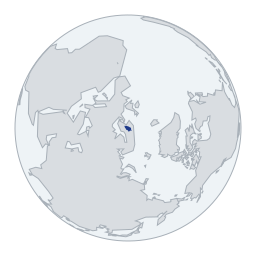 Hedmark on an orthographic globe, rotated 140°
{"feature_id": "NOR-919", "entity_name": "Hedmark", "entity_type": "County", "adm_level": 1, "iso_a3": "NOR", "parent_name": "Norway", "parent_adm1": "", "projection": "orthographic", "projection_center": [11.196, 61.296], "detail": "fine", "context": "on_globe", "style": "filled", "palette": "blue", "viewbox_px": 256, "rotation_deg": 140, "n_neighbors": 0, "source": "natural_earth", "source_scale": "10m", "svg_char_len": 10971}
<svg xmlns="http://www.w3.org/2000/svg" viewBox="0 0 256 256"><g transform="rotate(140 128 128)"><circle cx="128" cy="128" r="113" fill="#eef3f6" stroke="#a8b0b8"/><path d="M15.4,125.9L15.7,127.3L16.6,121.2L16.7,118.3L16.3,117.6L17.8,107.1L19.6,101.0L30.8,71.8L33.4,67.8L35.6,65.4L50.5,50.2L38.9,60.4L42.6,56.0L47.6,51.1L47.3,51.9L54.1,47.0L58.9,43.1L67.9,39.2L75.7,40.4L72.6,41.8L74.9,42.1L78.9,40.4L81.0,39.2L94.1,39.2L107.7,36.1L111.0,33.1L111.1,35.5L116.7,28.8L123.4,26.6L116.4,30.3L116.1,31.7L121.0,30.8L121.8,32.0L124.7,32.4L125.2,34.0L121.0,36.2L121.3,37.4L124.7,36.7L127.4,38.0L122.3,38.8L126.5,41.3L120.4,45.9L106.3,47.5L103.5,52.0L90.5,59.0L92.3,60.0L88.5,63.5L89.1,66.0L86.5,66.7L89.2,68.1L91.4,66.9L93.4,67.2L94.0,68.6L90.8,69.7L90.0,69.2L89.4,70.3L87.5,70.3L88.8,71.1L84.8,72.4L89.5,73.2L87.1,76.1L84.2,76.4L83.5,73.6L75.2,67.9L72.1,67.7L68.5,70.1L63.7,80.2L60.8,81.2L57.4,84.6L59.5,85.3L62.9,82.8L65.9,85.0L69.7,82.0L71.4,82.5L75.7,80.7L76.1,84.0L74.2,88.3L70.7,90.1L69.8,92.1L74.0,93.0L68.3,99.0L66.0,107.8L64.4,109.1L59.8,106.7L57.6,100.0L51.6,97.6L56.6,102.4L52.5,105.8L52.3,107.8L53.1,109.6L55.1,109.6L53.9,111.5L48.6,107.4L49.6,105.5L51.2,106.8L50.2,103.7L46.6,101.3L44.8,103.4L41.2,97.9L39.9,99.5L38.4,99.2L40.7,97.1L36.5,100.9L32.0,96.1L26.1,102.5L30.7,93.7L31.7,89.4L32.3,84.8L31.3,85.8L33.5,78.9L33.2,75.2L29.6,77.5L26.1,83.1L24.0,90.1L24.9,90.3L24.3,95.0L21.4,96.5L19.7,106.1L17.9,109.1L16.9,113.7L17.0,117.7L16.7,123.2L17.7,124.2L18.8,128.2L17.6,131.5L19.2,131.5L19.2,136.0L22.1,146.2L21.6,146.2L23.9,158.6L28.3,169.5L29.4,174.0L28.6,174.3L30.6,177.9L30.7,178.9L40.4,192.6L46.8,200.9L47.5,203.8L44.1,202.3L44.8,203.9L39.3,197.4L34.3,190.5L29.8,183.2L25.9,175.6L22.6,167.7L19.9,159.7L17.8,151.4L16.4,143.0L15.5,134.5L15.4,125.9ZM24.4,103.9L22.7,116.7L22.1,111.3L22.5,111.9L23.3,108.2L24.2,102.4L24.1,98.0L24.4,103.9ZM27.3,105.3L27.5,103.3L27.5,105.0L27.3,105.3ZM81.8,38.5L78.9,40.3L75.0,41.4L77.3,39.8L81.8,38.5ZM89.4,36.9L88.2,38.0L85.8,37.3L87.2,36.9L89.4,36.9ZM113.2,30.9L110.7,31.6L112.9,30.5L113.2,30.9ZM125.0,32.1L125.4,31.6L126.7,32.0L125.0,32.1ZM75.2,79.0L75.4,79.8L74.5,79.7L75.2,79.0ZM76.8,77.4L75.5,76.7L76.1,75.9L76.9,76.3L76.8,77.4ZM128.6,34.9L130.5,35.9L127.9,35.3L128.6,34.9ZM78.2,78.5L77.3,74.5L78.4,73.1L82.1,73.7L78.2,78.5ZM131.2,36.7L135.8,39.1L137.2,38.0L135.9,42.7L132.4,39.0L128.9,38.4L131.0,37.8L131.2,36.7ZM91.9,66.0L89.6,67.2L91.0,64.9L91.9,66.0ZM92.4,64.4L94.0,57.2L97.8,56.1L96.5,58.7L100.9,56.3L102.0,59.4L99.7,61.3L97.1,61.4L99.5,62.5L92.4,64.4ZM134.3,45.0L134.8,46.0L133.5,45.4L134.3,45.0ZM94.3,67.1L94.3,65.7L97.5,64.6L98.1,67.3L96.9,66.7L94.3,67.1ZM101.6,54.3L104.1,54.1L105.7,56.4L106.9,56.6L102.3,59.3L101.6,54.3ZM96.4,67.7L98.4,68.7L97.3,70.5L94.5,68.4L96.4,67.7ZM98.1,63.2L99.7,62.9L99.0,63.9L98.1,63.2ZM94.8,77.6L94.7,75.8L96.4,75.1L94.8,77.6ZM99.1,68.9L99.5,68.3L100.1,67.8L101.2,68.8L99.1,68.9ZM103.7,60.9L103.8,61.9L105.6,59.9L106.9,61.6L103.6,63.1L105.5,63.2L105.9,63.8L102.8,64.4L103.7,60.9ZM104.2,68.5L100.5,71.2L100.2,74.6L98.7,75.3L99.4,69.7L104.2,68.5ZM103.6,66.0L103.6,67.7L101.8,67.7L100.6,66.5L103.6,66.0ZM108.9,62.3L107.8,59.2L108.6,59.0L108.9,62.3ZM104.5,69.5L105.4,68.8L104.7,69.7L104.5,69.5ZM107.9,64.5L107.5,63.4L108.3,63.2L107.9,64.5ZM107.5,68.5L106.3,69.3L105.5,68.5L107.5,68.5ZM108.0,66.6L109.3,66.6L106.0,67.7L107.7,66.2L108.0,66.6ZM108.8,64.5L109.2,64.0L108.9,65.0L108.8,64.5ZM111.4,71.0L107.3,72.6L105.5,70.8L109.7,69.5L111.4,71.0ZM240.5,122.0L240.5,125.1L239.9,123.8L239.5,125.5L238.3,121.4L235.5,118.9L235.4,124.6L234.2,122.3L230.4,122.5L229.6,130.8L229.2,147.0L231.2,153.6L230.2,159.8L223.9,157.2L220.1,152.3L218.5,155.9L211.5,155.7L201.2,166.1L199.2,165.2L197.4,168.0L192.4,169.3L189.2,167.3L186.4,169.5L195.0,174.5L197.9,172.0L199.6,166.3L201.4,168.8L206.2,167.9L202.8,179.8L186.7,197.7L184.3,193.1L167.5,182.5L167.6,180.3L167.4,180.1L167.2,179.7L166.5,183.6L163.4,180.9L173.2,190.3L175.3,194.7L186.5,198.1L185.7,199.5L189.0,199.3L198.7,190.8L198.9,192.6L194.9,203.2L180.7,219.3L182.1,222.8L180.3,226.1L170.4,231.5L170.2,232.3L165.0,234.4L164.5,234.6L155.4,237.3L146.0,239.2L136.6,240.3L135.0,240.4L128.8,238.2L132.7,235.8L132.0,233.7L123.3,227.7L125.3,223.7L122.7,221.8L117.6,222.1L114.6,219.6L111.4,219.2L91.1,216.9L84.5,211.9L75.5,198.0L78.8,194.6L78.7,188.7L101.1,173.0L106.7,175.4L125.4,173.7L127.8,174.5L126.6,180.0L141.4,185.3L145.0,180.3L157.4,181.0L165.1,178.4L166.1,167.6L153.6,171.7L150.5,167.3L159.8,159.7L170.6,155.9L169.7,154.1L162.1,152.4L163.8,147.5L159.4,151.4L161.8,152.8L159.1,155.3L156.7,154.3L157.4,152.5L153.9,152.7L151.5,161.2L153.7,163.5L145.0,166.9L147.8,171.2L145.8,173.9L140.3,167.7L140.2,165.0L130.7,158.2L130.0,161.3L138.9,168.0L136.5,167.7L135.6,172.3L134.3,168.6L124.8,160.7L116.4,162.5L107.2,172.8L102.0,172.9L97.0,169.8L99.0,158.7L110.4,159.7L111.2,156.1L107.8,150.1L111.5,151.0L111.5,148.8L115.6,148.9L120.4,143.7L124.4,143.1L125.2,136.2L127.4,135.0L126.3,139.4L127.7,142.3L137.6,140.8L139.2,139.1L138.9,134.8L141.7,135.0L140.1,131.0L145.3,128.1L137.7,128.4L137.1,123.6L139.6,119.2L138.1,117.8L134.0,124.8L133.6,127.7L135.4,130.0L133.1,138.0L130.0,139.6L127.2,131.6L122.3,133.1L122.3,126.4L133.4,111.0L138.6,107.3L149.5,110.9L148.9,114.3L144.7,114.7L149.6,118.6L148.7,116.2L151.0,116.5L151.1,112.2L152.7,112.3L150.0,108.2L152.0,107.7L153.7,110.3L155.5,103.8L159.3,101.9L159.0,100.4L157.4,99.4L163.4,97.7L162.8,96.7L160.7,96.9L158.2,95.0L156.1,91.2L158.3,90.8L159.3,92.2L164.8,94.5L167.2,98.2L167.9,97.7L166.3,94.4L159.6,91.5L157.7,89.3L161.0,90.2L159.7,89.7L159.4,88.5L161.2,87.1L157.7,85.9L152.0,74.0L154.8,70.1L158.4,72.1L156.7,64.0L160.1,60.6L158.1,60.7L155.9,57.1L154.8,58.1L153.7,57.9L147.7,49.5L147.9,47.4L143.1,44.2L142.0,44.3L141.6,45.7L135.9,42.7L137.2,38.0L139.5,38.0L138.9,35.2L144.1,35.7L148.1,34.9L154.2,37.3L156.9,36.6L156.3,35.6L159.5,34.1L168.0,34.7L163.7,38.5L151.3,39.3L156.6,39.3L156.1,40.7L158.5,41.5L162.1,41.5L162.1,40.6L171.7,48.3L182.0,52.0L179.4,48.0L180.7,46.2L190.1,47.8L205.6,59.7L207.5,58.1L209.5,59.1L212.0,62.6L209.2,61.3L209.3,63.6L207.3,62.4L210.5,67.9L207.7,66.5L211.5,71.6L213.2,71.2L211.4,66.8L215.9,72.1L217.6,69.8L221.0,71.9L228.5,83.9L231.4,92.9L232.2,94.3L231.8,96.3L233.7,102.1L236.5,101.8L237.2,103.6L239.1,113.2L238.7,112.1L237.6,117.3L239.1,122.7L240.1,119.8L240.4,121.4L240.5,122.0ZM94.5,183.3L94.1,185.2L94.5,183.3ZM183.0,156.7L188.9,153.1L184.7,148.4L186.6,146.6L184.5,145.7L184.3,148.0L178.9,145.1L180.9,141.4L179.4,138.9L177.3,140.0L174.6,147.3L182.3,151.5L181.6,155.0L183.0,156.7ZM22.2,146.5L22.5,148.3L21.9,146.7L22.2,146.5ZM21.2,111.8L21.2,114.0L20.9,115.7L20.7,114.2L21.2,111.8ZM23.4,129.8L23.8,132.5L23.0,130.3L23.4,129.8ZM22.6,118.7L23.0,127.8L21.5,123.8L21.4,118.1L22.0,121.2L22.6,118.7ZM25.6,106.1L25.4,107.7L24.9,107.9L25.6,106.1ZM27.3,106.6L27.3,106.1L27.7,105.0L27.3,106.6ZM52.8,106.1L53.2,106.5L53.7,108.5L52.7,108.0L52.8,106.1ZM60.4,115.1L58.4,118.1L59.1,115.6L57.3,115.3L56.8,109.8L63.6,109.5L60.6,110.6L60.4,115.1ZM57.9,102.6L57.5,106.0L57.7,102.3L57.9,102.6ZM107.3,137.1L109.1,138.8L108.0,141.3L102.9,142.4L104.3,138.7L107.3,137.1ZM111.8,140.6L110.5,132.5L113.6,131.7L112.1,133.5L114.3,133.7L112.4,136.7L116.7,143.9L116.1,146.7L106.9,147.0L110.3,145.3L108.3,143.7L111.8,140.6ZM101.5,115.0L101.0,111.9L108.5,114.0L108.1,116.6L103.0,117.8L100.4,115.4L101.5,115.0ZM84.9,80.4L84.2,79.4L85.1,79.0L86.4,79.6L84.9,80.4ZM94.6,76.8L88.8,84.6L87.7,83.8L85.7,89.6L82.0,89.7L83.5,85.9L79.1,90.4L78.9,87.1L76.3,90.4L79.9,82.0L79.6,79.3L81.4,82.3L84.8,82.2L86.1,81.3L89.8,77.0L90.8,71.4L94.3,70.5L96.5,71.4L96.8,72.7L94.4,72.8L96.5,74.4L93.3,75.5L94.6,76.8ZM120.4,84.9L117.6,84.2L121.2,88.3L118.0,89.1L118.7,89.5L116.7,91.5L115.4,94.6L113.9,94.6L114.0,95.8L112.8,97.2L112.5,98.9L109.6,99.5L109.0,101.7L107.9,100.7L107.7,104.4L106.5,101.9L104.8,103.6L106.8,105.1L91.6,104.6L86.2,106.6L82.2,109.7L80.8,105.2L83.5,99.6L88.4,94.2L93.8,93.1L92.2,91.4L94.3,90.3L94.7,92.1L95.4,88.8L97.2,88.4L101.6,84.2L101.3,79.7L102.9,78.1L103.9,79.7L104.8,77.0L107.8,78.9L109.0,77.9L113.2,78.8L114.5,82.5L115.7,81.1L119.0,81.8L120.4,84.9ZM112.5,71.4L114.8,75.5L114.2,78.0L107.1,75.4L105.6,76.2L101.1,74.7L102.1,71.1L103.3,71.8L104.7,71.7L103.8,72.9L105.6,71.8L107.3,72.8L109.1,72.3L109.4,73.8L112.5,71.4ZM130.1,172.3L131.9,172.4L134.7,171.9L134.2,174.8L130.1,172.3ZM123.5,167.1L125.1,166.6L125.7,170.4L123.8,170.3L123.5,167.1ZM125.4,163.3L125.1,166.3L124.1,164.7L125.4,163.3ZM127.7,138.8L129.3,138.2L129.7,139.1L129.0,140.7L127.7,138.8ZM130.7,97.8L129.1,96.8L129.4,96.1L127.7,92.5L130.0,91.7L131.9,93.5L130.7,97.8ZM164.3,170.1L162.4,172.8L161.1,172.3L162.0,171.5L164.3,170.1ZM147.8,174.8L151.8,175.1L147.6,175.5L147.8,174.8ZM132.8,96.3L131.8,94.9L133.5,95.3L132.8,96.3ZM131.5,90.9L133.4,91.1L130.0,91.2L131.5,90.9ZM183.4,226.1L183.4,225.9L187.3,222.4L192.9,218.5L195.8,215.4L196.8,216.0L189.0,222.7L183.4,226.1ZM240.6,131.0L239.5,132.9L239.9,129.4L240.6,124.3L240.6,131.0ZM231.6,153.7L233.5,154.8L232.7,157.3L231.6,153.7ZM234.9,92.5L232.8,86.9L233.0,87.3L234.7,91.9L234.9,92.5ZM231.0,82.6L231.4,83.4L231.5,83.9L231.0,82.6ZM233.4,95.8L233.9,98.7L233.4,98.0L232.3,94.0L233.4,95.8ZM223.5,73.9L225.6,75.9L226.4,77.1L225.7,77.0L223.5,73.9ZM150.5,88.3L150.4,94.0L151.8,97.9L154.9,99.5L150.5,99.8L148.3,93.9L150.5,88.3ZM151.6,75.7L148.8,74.5L150.0,73.5L150.8,73.7L151.6,75.7ZM149.9,76.1L146.6,77.6L145.1,75.9L148.0,75.1L149.9,76.1ZM139.8,86.8L139.6,88.5L138.2,88.1L139.8,86.8ZM231.4,83.3L231.1,82.7L230.4,81.0L231.4,83.3ZM230.0,80.8L229.3,78.8L231.1,83.1L228.7,79.5L227.7,77.2L230.0,80.8ZM208.5,54.9L207.4,54.7L205.8,52.6L207.0,53.3L208.5,54.9ZM199.5,46.0L205.0,51.9L209.2,57.1L209.0,56.1L212.0,58.4L211.0,59.3L206.3,54.7L203.6,51.0L200.9,49.5L197.5,46.5L194.8,45.9L192.6,44.4L194.2,43.9L199.5,46.0ZM193.7,45.8L187.7,44.2L185.8,41.0L186.7,40.6L190.2,42.7L191.0,44.2L193.7,45.8ZM185.7,42.9L186.4,44.5L179.2,46.3L177.2,45.9L181.7,42.6L182.6,43.9L184.7,44.1L185.7,42.9ZM135.9,45.6L134.9,46.0L135.2,45.1L135.9,45.6ZM153.2,58.5L151.7,58.1L152.0,57.0L153.2,58.5ZM147.8,56.3L148.4,57.8L146.8,56.4L147.8,56.3ZM150.0,61.3L148.2,58.5L151.2,61.0L150.0,61.3Z" fill="#d9dde1" stroke="#a8b0b8" stroke-width="1"/><path d="M129.0,125.9L129.0,126.0L129.0,126.6L128.9,127.2L129.0,127.3L129.2,127.5L129.3,127.5L129.6,127.8L129.6,128.1L129.5,128.3L129.4,128.4L129.4,128.5L129.0,128.5L129.1,128.8L129.1,129.0L129.4,129.5L129.4,129.8L129.3,130.0L129.3,130.3L129.2,130.4L129.1,130.6L128.9,130.7L128.9,130.8L128.7,130.7L128.7,130.8L128.7,130.7L128.6,130.4L128.4,130.2L128.3,129.9L128.2,129.8L128.2,129.7L128.0,129.4L127.9,129.3L127.9,129.2L127.6,129.0L127.5,128.9L127.4,128.6L127.3,128.4L127.5,128.3L127.6,128.1L127.5,127.6L127.5,127.2L127.4,127.1L127.2,127.2L126.9,127.1L127.0,126.9L126.9,126.8L126.7,126.7L126.8,126.5L126.8,126.4L126.7,126.4L126.6,126.2L126.8,126.0L126.8,125.9L127.0,125.8L127.0,125.7L127.1,125.3L127.2,125.2L127.5,125.3L127.5,125.2L127.6,125.3L127.6,125.2L127.9,125.3L128.0,125.3L128.0,125.5L128.3,125.7L128.3,125.8L128.5,125.9L128.9,126.0L129.0,125.9L129.0,125.9Z" fill="#3b82f6" stroke="#1e3a8a" stroke-width="1.5"/></g></svg>